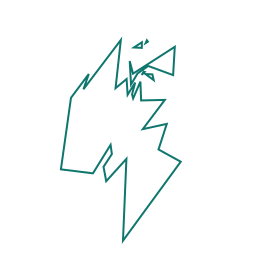 map outline of Highland (Natural Earth projection), rotated 127°
{"feature_id": "GBR-2745", "entity_name": "Highland", "entity_type": "Unitary District", "adm_level": 1, "iso_a3": "GBR", "parent_name": "United Kingdom", "parent_adm1": "", "projection": "natural_earth1", "projection_center": [-5.279, 57.587], "detail": "coarse", "context": "isolated", "style": "outline", "palette": "teal", "viewbox_px": 256, "rotation_deg": 127, "n_neighbors": 0, "source": "natural_earth", "source_scale": "10m", "svg_char_len": 736}
<svg xmlns="http://www.w3.org/2000/svg" viewBox="0 0 256 256"><g transform="rotate(127 128 128)"><path d="M108.5,191.8L123.9,186.9L62.0,186.7L103.7,161.9L89.7,158.6L101.7,148.3L87.4,149.6L98.7,145.0L101.3,141.7L83.5,146.0L98.1,134.1L83.4,115.5L120.0,115.5L101.4,99.5L126.8,90.7L123.2,65.6L221.0,64.2L153.6,110.7L183.6,113.4L173.7,124.2L158.5,125.2L151.9,131.8L185.3,128.7L201.4,156.7L138.2,191.7L108.5,191.8ZM81.6,156.7L35.0,139.5L58.6,123.8L66.3,149.2L78.8,153.2L91.4,151.8L73.5,166.9L81.6,156.7ZM55.7,165.2L60.1,171.7L51.2,168.5L55.7,165.2ZM74.4,146.5L70.5,140.8L74.3,136.3L74.4,146.5ZM77.4,149.1L73.5,149.3L73.2,148.4L77.4,149.1ZM46.6,165.7L47.1,164.1L49.5,165.0L46.6,165.7Z" fill="none" stroke="#0f766e" stroke-width="2"/></g></svg>